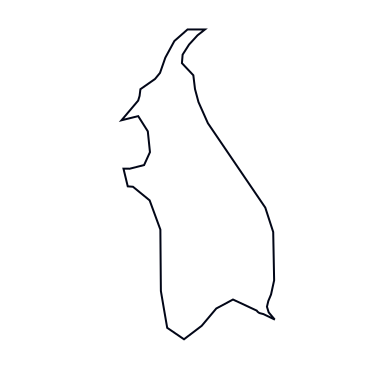 outline of Gorizia, rotated 156°
{"feature_id": "ITA-5457", "entity_name": "Gorizia", "entity_type": "Province", "adm_level": 1, "iso_a3": "ITA", "parent_name": "Italy", "parent_adm1": "", "projection": "albers", "projection_center": [13.498, 45.841], "detail": "fine", "context": "isolated", "style": "outline", "palette": "ink", "viewbox_px": 384, "rotation_deg": 156, "n_neighbors": 0, "source": "natural_earth", "source_scale": "10m", "svg_char_len": 793}
<svg xmlns="http://www.w3.org/2000/svg" viewBox="0 0 384 384"><g transform="rotate(156 192 192)"><path d="M168.2,41.7L176.4,51.4L179.4,53.8L180.0,54.5L180.5,55.4L180.9,56.3L181.1,57.3L198.3,77.1L217.2,75.7L237.6,65.8L255.9,61.5L259.2,60.7L269.9,78.0L265.2,96.6L260.7,114.2L255.1,127.1L236.2,170.5L234.1,201.6L239.3,211.9L243.8,220.8L248.4,223.3L245.1,241.2L239.4,238.6L224.8,236.1L214.2,245.5L207.7,265.4L210.3,283.2L227.2,286.2L204.0,297.4L200.8,301.1L197.3,306.9L179.8,310.3L172.8,313.8L161.7,325.6L146.7,337.1L130.0,342.3L114.1,335.2L123.2,332.9L134.7,327.9L144.7,321.3L148.8,313.8L143.3,298.1L147.4,284.8L149.5,271.5L149.5,248.4L131.4,147.9L134.1,122.4L152.9,77.9L161.5,66.2L166.6,61.4L170.2,56.7L170.9,50.9L168.3,41.8L168.2,41.7Z" fill="none" stroke="#020617" stroke-width="2"/></g></svg>